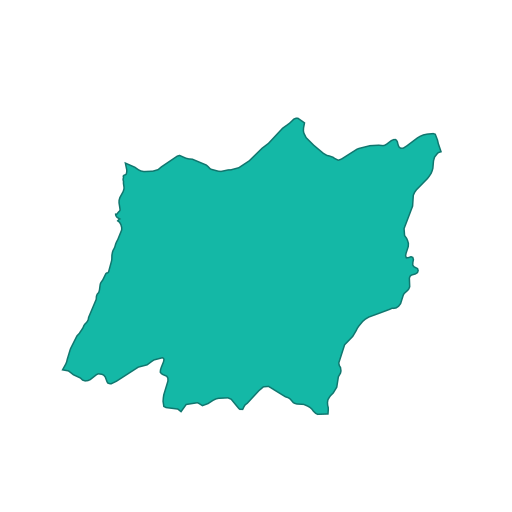 map outline of Huíla (Equal Earth projection), rotated 202°
{"feature_id": "AGO-1891", "entity_name": "Huíla", "entity_type": "Province", "adm_level": 1, "iso_a3": "AGO", "parent_name": "Angola", "parent_adm1": "", "projection": "equal_earth", "projection_center": [15.141, -14.853], "detail": "fine", "context": "isolated", "style": "filled", "palette": "teal", "viewbox_px": 512, "rotation_deg": 202, "n_neighbors": 0, "source": "natural_earth", "source_scale": "10m", "svg_char_len": 3892}
<svg xmlns="http://www.w3.org/2000/svg" viewBox="0 0 512 512"><g transform="rotate(202 256 256)"><path d="M392.7,78.0L391.9,84.6L391.9,87.0L392.3,89.6L393.2,99.9L393.2,101.1L392.1,114.4L392.0,115.1L390.9,117.8L390.7,118.5L390.4,120.4L390.1,121.5L389.5,124.8L389.5,126.9L389.3,128.0L389.1,128.8L388.3,130.7L387.9,132.1L387.8,133.0L387.7,133.9L387.8,134.6L388.1,135.9L388.2,136.4L387.9,156.0L388.8,158.7L388.9,159.5L388.9,161.0L388.7,161.8L388.2,163.0L388.2,164.2L388.4,165.8L389.7,170.9L389.9,172.3L389.8,173.5L389.1,176.4L388.6,183.3L388.4,183.8L388.2,184.1L388.0,184.4L387.6,184.5L387.2,184.8L386.9,185.3L386.8,186.0L386.8,186.7L388.1,197.5L388.5,199.1L389.9,202.8L390.5,205.8L390.6,207.5L390.5,208.6L390.4,209.3L390.3,210.4L390.3,211.8L390.6,214.5L390.6,216.6L390.5,217.7L390.3,219.4L390.3,229.4L390.3,229.7L390.6,230.7L391.2,232.1L393.0,234.5L395.2,236.2L397.4,236.8L396.7,238.6L396.2,239.3L399.0,239.7L399.9,240.1L400.7,240.7L401.5,241.5L401.8,242.2L400.8,242.5L399.9,245.4L399.5,246.2L399.2,247.3L399.5,248.3L402.9,254.0L403.8,256.4L404.1,259.2L403.3,265.9L403.5,268.6L404.1,270.3L406.0,273.5L406.5,274.7L406.7,275.4L407.4,276.3L408.0,277.4L408.4,279.6L408.6,279.9L408.9,280.1L409.0,280.5L408.7,281.3L407.4,282.6L407.0,283.3L407.3,285.4L408.0,287.3L411.9,293.2L401.6,292.9L397.4,291.9L394.6,291.7L391.5,292.3L383.4,296.0L379.1,299.4L377.1,303.2L366.4,319.1L364.5,320.6L357.6,320.4L354.8,320.8L351.2,321.9L336.2,321.7L334.1,321.0L331.2,319.7L330.0,319.6L322.7,320.5L320.1,321.3L314.0,325.4L311.5,326.5L305.0,331.4L297.9,341.7L290.7,358.2L286.6,365.1L279.2,384.4L274.6,391.7L272.2,397.1L270.4,398.8L268.7,399.4L260.9,397.6L259.9,392.5L258.9,389.7L257.7,387.9L253.9,384.5L244.0,380.3L232.0,376.4L227.9,375.8L225.7,376.2L221.6,376.4L219.6,375.9L215.6,375.6L214.0,377.0L212.9,378.1L202.4,392.8L200.8,394.3L191.6,401.0L183.7,404.7L179.6,405.9L178.2,406.8L176.7,408.7L173.8,413.6L171.9,415.5L170.3,416.2L169.1,415.9L167.7,414.8L166.3,412.8L164.5,410.8L162.4,410.1L159.9,411.1L157.5,414.4L150.6,425.9L148.6,428.5L146.1,431.0L142.8,433.2L137.5,435.9L135.4,436.0L131.2,431.5L129.1,428.5L123.5,422.0L125.2,420.6L125.5,420.2L126.1,419.4L127.5,414.6L127.1,410.8L124.9,403.6L124.6,401.1L124.6,398.3L125.3,394.8L126.1,391.9L132.1,377.4L132.8,374.4L132.9,371.2L129.5,360.9L129.0,336.9L125.9,330.6L122.9,328.7L121.1,326.9L119.4,324.7L118.4,321.9L117.9,314.7L117.4,312.3L115.9,310.6L114.0,311.6L112.0,313.4L110.1,313.4L108.7,311.6L108.2,308.9L107.3,306.3L105.5,305.2L101.5,304.8L100.2,303.2L100.1,301.1L101.5,299.1L104.8,296.5L105.6,294.9L105.5,292.9L102.0,285.1L102.0,282.7L102.5,281.0L104.6,276.7L104.8,274.7L104.1,266.1L105.0,262.8L106.7,260.3L108.7,259.1L110.3,258.5L112.1,256.6L128.5,241.7L131.0,238.4L132.6,235.3L134.4,229.7L135.0,227.0L135.2,224.2L136.2,217.7L140.6,206.9L139.2,187.8L137.6,185.5L135.9,184.3L134.2,181.3L133.8,179.1L134.4,174.9L132.0,164.6L133.1,157.9L134.6,154.4L135.0,152.9L135.5,149.7L134.9,147.0L133.7,144.5L132.2,142.4L131.4,140.5L130.1,136.5L139.6,132.3L141.8,132.5L144.6,133.6L146.7,134.9L149.1,135.8L151.9,136.2L156.2,136.3L162.7,134.1L164.9,133.9L166.4,134.0L170.7,136.2L172.9,136.7L176.0,136.5L195.5,139.8L200.1,137.5L202.8,132.4L208.9,116.3L210.3,113.9L210.7,111.8L210.9,108.8L213.6,107.8L214.8,108.2L218.2,110.0L225.3,113.9L228.9,114.0L237.5,110.0L239.6,108.5L241.7,106.2L245.2,101.2L249.6,97.2L253.5,97.9L255.4,98.0L265.1,92.2L267.2,83.6L271.2,84.8L282.6,81.8L285.1,82.0L287.7,86.4L288.8,89.8L289.5,92.7L290.8,107.1L291.9,109.7L293.7,111.1L297.8,111.2L299.6,111.5L301.2,112.4L301.9,114.7L302.1,117.3L302.1,123.1L302.5,125.5L303.4,126.4L304.7,126.6L311.7,121.4L313.2,119.2L316.2,114.3L323.5,108.9L338.5,87.6L342.5,83.2L344.0,82.8L345.8,82.7L347.0,83.6L350.5,87.4L352.6,88.5L354.6,88.6L358.1,87.7L359.4,86.3L363.4,79.3L365.2,77.5L367.6,76.2L370.3,76.0L373.1,77.1L380.8,77.5L384.2,78.5L386.9,79.2L392.7,78.0Z" fill="#14b8a6" stroke="#0f766e" stroke-width="1.5"/></g></svg>